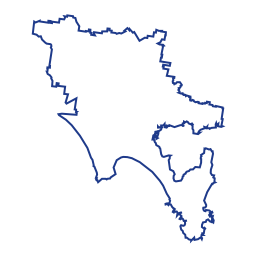 South Gippsland, Victoria, Australia
{"feature_id": "25037944B76361191538419", "entity_name": "South Gippsland", "entity_type": "district", "adm_level": 2, "iso_a3": "AUS", "parent_name": "Australia", "parent_adm1": "Victoria", "projection": "natural_earth1", "projection_center": [146.257, -38.699], "detail": "fine", "context": "isolated", "style": "outline", "palette": "blue", "viewbox_px": 256, "rotation_deg": 0, "n_neighbors": 0, "source": "geoboundaries", "source_scale": "gbopen_adm2", "svg_char_len": 5854}
<svg xmlns="http://www.w3.org/2000/svg" viewBox="0 0 256 256"><path d="M58.5,114.2L59.0,115.1L65.9,119.7L71.7,125.2L79.9,135.7L87.4,147.9L91.0,157.7L92.5,159.9L93.7,165.1L93.5,166.1L94.4,166.6L96.8,172.6L97.1,174.6L95.9,177.9L96.8,178.1L96.2,179.4L97.1,180.0L96.8,180.4L97.6,180.9L98.1,182.2L102.0,178.8L105.5,178.8L106.7,179.4L107.2,178.8L110.1,178.5L110.7,177.4L115.6,174.1L113.6,167.5L116.7,160.2L121.0,157.5L123.2,156.9L127.3,157.1L131.9,158.2L139.7,162.1L152.3,171.9L159.8,180.7L163.1,185.6L166.8,193.8L169.8,198.5L169.4,199.5L170.1,200.7L169.4,203.2L166.5,203.5L165.5,203.9L165.6,204.5L167.3,203.9L168.4,205.1L168.9,204.3L170.8,204.5L172.3,207.2L174.4,208.8L174.0,209.0L174.6,209.5L174.4,210.4L173.3,210.8L172.8,211.9L173.8,212.5L174.4,211.3L175.4,211.8L176.7,211.5L177.6,212.7L177.1,215.6L179.5,212.9L180.9,212.5L181.2,212.7L181.5,212.6L182.0,212.6L180.6,212.9L180.1,212.8L179.0,213.7L181.5,216.1L179.6,218.9L180.4,219.3L182.1,218.3L183.1,219.2L183.7,220.9L186.9,220.6L184.9,221.2L185.1,223.9L184.5,225.3L183.3,225.8L181.1,225.2L180.4,226.2L181.2,229.6L182.7,230.9L183.2,232.9L185.2,234.7L185.6,237.7L186.7,237.6L189.1,239.5L191.4,239.9L191.3,240.6L194.2,237.6L194.5,239.9L198.0,239.2L200.0,237.8L201.0,237.8L201.8,239.2L202.1,238.2L201.2,237.0L201.6,235.0L203.2,235.0L202.2,234.1L202.2,233.3L203.8,233.2L204.4,229.6L205.2,228.6L204.6,227.9L204.1,228.6L201.9,227.0L202.0,224.9L203.0,222.4L205.8,221.9L206.4,220.2L208.1,219.4L209.9,221.4L211.9,222.2L212.3,221.7L213.3,222.5L213.7,220.4L213.0,219.0L212.0,219.6L212.7,216.7L211.7,217.4L211.2,216.0L210.7,215.6L209.9,216.4L209.1,215.0L209.6,214.4L211.2,214.7L209.9,212.9L211.1,212.3L211.8,212.9L212.4,212.6L212.2,212.1L211.8,212.5L209.3,210.5L206.0,210.0L205.5,211.2L204.3,210.9L203.5,209.8L203.2,208.3L203.3,207.7L205.3,207.4L206.1,206.4L206.2,205.0L204.1,200.6L207.2,192.1L212.0,183.9L212.6,184.1L213.2,183.1L215.1,182.4L214.4,182.0L214.7,178.3L213.3,177.5L214.1,175.4L211.9,175.0L210.7,172.9L210.9,169.6L212.4,165.0L211.3,162.2L213.0,153.8L212.6,151.3L211.9,151.4L210.5,149.1L209.1,149.5L205.8,148.3L205.2,148.9L204.5,148.6L204.1,153.0L201.0,155.0L201.5,156.3L200.9,156.9L200.7,158.7L201.2,159.0L201.1,162.7L199.8,167.4L195.3,167.0L193.0,169.4L190.3,169.5L189.0,171.0L186.9,171.6L185.8,172.6L185.7,173.5L183.6,174.7L183.5,176.0L182.7,176.5L182.4,178.4L181.0,180.6L175.9,181.4L174.3,180.7L173.5,178.3L173.7,175.8L174.7,174.2L173.3,171.1L170.0,169.5L168.7,160.1L169.7,158.5L169.8,156.1L170.5,155.6L168.7,155.4L163.9,156.9L162.3,156.4L161.2,154.2L160.2,148.4L159.6,148.0L159.3,146.8L156.3,145.1L155.7,142.9L154.9,142.2L153.9,139.4L152.5,139.5L153.2,136.3L154.0,135.7L154.9,136.3L154.6,137.5L155.6,137.0L156.6,138.1L156.5,138.8L157.7,138.1L156.5,137.4L157.1,137.3L157.7,135.6L155.6,136.8L155.5,135.4L155.1,135.8L153.9,135.1L154.7,134.6L155.4,132.4L156.4,133.5L157.1,133.5L157.6,132.6L158.2,133.4L158.4,132.6L158.0,132.8L157.3,131.7L156.8,132.3L156.1,131.7L159.2,130.9L160.9,129.8L161.5,128.6L161.2,127.5L158.0,127.6L158.0,126.5L158.6,127.2L161.9,127.1L161.2,125.5L163.4,125.4L164.6,123.9L164.7,127.2L166.6,127.6L167.0,127.1L166.2,127.2L166.6,125.7L167.5,126.3L168.0,125.0L168.1,126.0L169.2,126.0L169.4,125.2L174.5,127.1L180.2,125.2L182.1,125.0L182.7,125.9L184.2,125.9L182.4,125.0L182.7,123.4L184.0,123.2L184.0,121.6L185.4,122.3L186.7,121.4L188.0,122.2L188.7,123.4L190.5,124.2L192.0,123.5L192.8,124.6L192.0,125.2L192.6,126.1L192.5,128.8L193.4,130.2L193.4,133.3L198.1,134.1L199.6,132.9L198.1,133.1L198.9,131.4L200.5,129.8L204.8,128.2L204.4,126.9L206.4,127.5L207.1,126.7L206.8,128.3L209.3,128.2L209.7,128.8L211.3,127.9L215.9,127.5L215.7,124.3L216.2,123.1L216.7,125.0L218.3,123.7L218.0,126.2L221.2,126.9L222.7,126.3L221.4,125.8L222.7,119.1L221.6,118.9L223.2,108.5L222.5,108.4L222.6,107.5L216.0,106.0L215.9,106.7L212.8,106.2L212.5,105.0L209.4,104.5L209.8,102.2L207.0,101.7L206.8,103.1L205.1,102.8L204.9,103.6L202.5,103.2L202.4,103.9L198.6,103.2L198.8,102.2L197.8,101.8L195.5,102.2L194.0,101.3L193.6,100.3L192.3,99.9L191.7,100.7L190.3,100.5L190.0,99.8L190.6,98.0L189.4,97.3L190.1,96.5L186.7,95.5L185.9,96.1L185.4,94.9L183.7,95.0L183.2,94.6L183.4,94.2L182.2,93.8L182.3,93.3L180.7,93.5L178.7,92.7L179.6,92.3L179.6,91.5L178.4,90.0L179.1,89.3L178.7,88.1L179.8,87.9L180.6,86.8L180.5,85.9L181.6,85.5L181.8,84.9L179.9,82.2L177.0,82.2L175.6,83.7L174.7,83.4L174.2,84.0L173.7,83.0L172.9,82.9L172.7,81.2L173.3,80.4L173.1,78.5L174.3,78.0L174.4,76.9L166.8,75.8L168.4,69.4L163.4,68.6L163.7,66.8L162.8,66.6L163.2,64.7L169.8,65.8L170.4,63.0L160.3,61.4L161.0,57.5L161.8,57.6L162.3,54.7L161.4,54.6L162.9,47.1L162.6,46.1L163.9,45.7L163.1,44.8L159.6,44.5L157.7,43.5L160.3,42.3L162.0,39.3L164.5,39.8L165.3,35.1L165.7,35.2L165.9,32.2L161.4,31.5L161.7,30.9L159.0,30.9L156.3,29.8L155.9,32.6L154.0,32.3L153.3,36.6L147.7,35.8L147.3,38.0L144.8,37.7L139.5,40.8L134.2,32.0L132.9,32.7L129.6,29.0L129.3,30.2L127.4,28.1L124.4,30.7L125.4,31.4L121.3,33.5L119.2,33.0L116.6,33.8L115.7,33.0L111.4,32.5L111.7,30.7L109.4,30.4L109.6,28.7L107.5,28.5L107.1,31.4L102.2,31.4L101.9,33.3L94.0,32.2L93.8,33.5L94.9,35.4L91.2,34.8L91.5,32.9L90.3,32.8L90.4,29.7L88.9,29.5L88.7,31.4L85.9,31.0L85.8,31.7L78.6,30.6L79.3,26.3L76.4,21.7L75.4,18.0L73.2,17.5L73.0,16.2L67.3,15.4L67.1,16.7L64.5,16.3L65.1,17.2L64.4,19.2L64.9,19.5L59.6,18.8L59.0,22.6L52.2,21.7L52.0,23.1L50.1,22.8L50.4,21.0L48.4,20.8L48.2,22.7L39.5,21.4L39.6,20.8L35.5,22.5L34.2,21.6L32.8,33.7L36.6,34.7L38.7,36.6L40.8,36.3L42.0,39.5L45.2,42.6L46.6,43.6L50.6,44.2L51.2,44.9L51.4,46.2L50.8,47.5L51.9,49.4L49.4,65.8L50.0,65.9L49.9,67.7L47.4,67.4L47.3,68.4L47.8,68.4L47.3,72.0L46.9,71.9L47.7,74.0L49.9,75.3L51.5,77.4L51.2,78.3L52.5,80.9L52.1,86.2L56.2,86.7L56.7,83.1L58.6,83.4L58.3,85.9L65.1,86.7L64.2,93.9L68.0,94.3L65.6,102.5L66.5,103.6L76.4,98.3L74.7,109.4L76.1,109.6L76.1,111.8L76.8,111.9L76.1,112.5L76.7,113.3L76.5,114.8L61.9,113.7L58.5,114.2Z" fill="none" stroke="#1e3a8a" stroke-width="2"/></svg>